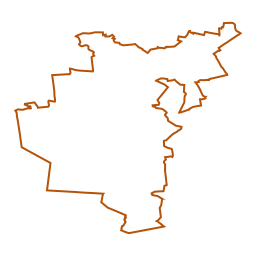 Īslīces pag., Bauska, Latvia
{"feature_id": "27541924B75327905371768", "entity_name": "Īslīces pag.", "entity_type": "district", "adm_level": 2, "iso_a3": "LVA", "parent_name": "Latvia", "parent_adm1": "Bauska", "projection": "natural_earth1", "projection_center": [24.139, 56.325], "detail": "fine", "context": "isolated", "style": "outline", "palette": "amber", "viewbox_px": 256, "rotation_deg": 0, "n_neighbors": 0, "source": "geoboundaries", "source_scale": "gbopen_adm2", "svg_char_len": 5384}
<svg xmlns="http://www.w3.org/2000/svg" viewBox="0 0 256 256"><path d="M240.6,33.3L240.1,32.9L239.8,32.7L239.1,32.3L238.1,31.8L236.6,30.9L236.1,30.4L235.6,29.7L235.5,29.4L235.4,29.0L235.3,28.5L235.3,28.2L235.0,27.2L235.0,26.7L235.1,26.3L235.1,25.4L234.7,24.5L234.3,24.0L233.8,23.6L232.7,23.0L231.9,22.9L229.5,22.9L228.7,22.9L227.8,23.0L227.3,22.9L226.1,23.0L223.9,23.1L223.5,25.8L222.9,27.4L222.3,27.3L221.9,27.2L221.3,28.7L219.2,28.2L219.0,28.4L219.4,32.3L219.5,33.8L219.3,36.3L219.2,34.2L216.3,33.9L212.1,33.2L211.0,33.0L210.1,32.9L206.3,32.0L205.9,32.0L205.1,31.9L204.0,35.1L201.8,34.6L193.3,32.7L193.2,33.6L189.2,31.6L189.6,31.0L189.2,31.0L188.2,32.6L188.1,32.8L187.6,34.2L187.5,34.6L185.0,37.4L178.7,36.4L178.2,38.6L178.1,39.3L177.8,40.2L181.1,41.4L174.5,46.5L172.3,46.7L172.2,46.7L168.1,46.9L167.8,46.9L167.7,47.0L167.6,46.9L166.6,46.7L165.5,47.2L165.3,48.0L165.1,48.1L163.9,48.4L163.2,48.1L160.6,47.8L159.9,47.9L159.5,47.9L159.1,47.7L157.7,47.1L157.5,48.3L150.5,49.6L147.7,53.0L147.1,52.6L143.9,50.5L142.6,49.7L142.6,49.2L139.9,47.7L139.2,47.6L135.1,44.0L134.2,44.2L133.4,44.4L129.0,44.8L126.1,45.1L123.3,45.3L119.9,44.2L119.3,42.8L115.2,42.5L114.0,41.1L113.9,41.0L113.7,40.2L113.8,40.0L114.7,38.9L112.7,38.3L114.1,36.7L112.4,35.1L112.3,34.9L109.2,36.5L105.3,36.4L105.4,35.7L105.6,35.0L105.7,34.9L105.7,34.6L103.1,35.2L102.9,32.4L95.1,32.3L89.5,33.5L83.6,33.2L83.0,33.2L79.2,34.7L76.5,35.8L76.1,36.1L75.9,36.3L76.5,36.6L77.8,37.2L78.5,37.6L78.6,37.8L79.0,38.6L80.3,42.0L80.3,42.3L80.2,42.6L79.5,43.5L79.4,43.9L79.1,44.5L79.3,44.8L79.5,45.0L81.1,46.1L81.3,46.2L81.8,46.2L82.3,46.2L85.1,45.4L85.8,45.2L86.5,45.2L86.7,45.3L88.2,46.1L88.4,46.3L88.5,46.6L88.4,48.6L88.5,48.8L88.6,49.1L89.1,49.6L89.7,50.0L93.5,51.8L93.8,52.1L93.8,52.3L93.8,52.6L93.2,53.6L93.2,54.0L93.3,54.3L94.2,55.7L92.1,56.6L91.8,56.8L91.7,57.1L91.5,57.5L91.6,57.9L93.1,70.7L93.0,71.1L92.9,71.4L79.9,70.6L77.2,70.3L75.5,70.0L74.1,69.6L71.7,68.9L69.9,68.6L69.9,68.9L70.5,73.1L70.0,73.8L69.5,74.1L69.2,74.3L69.1,74.2L68.4,74.2L52.2,75.1L54.3,90.9L54.5,96.8L54.6,97.0L54.8,97.8L54.9,98.0L55.0,101.4L54.7,101.7L49.0,100.6L48.6,101.0L48.3,101.3L49.0,105.6L48.3,106.7L37.9,107.7L37.8,107.0L34.5,102.4L29.4,103.2L24.1,104.0L24.5,104.1L25.1,104.8L27.4,105.6L27.6,105.6L28.2,106.4L30.3,106.3L30.8,108.3L30.3,108.4L29.8,108.5L28.4,108.3L26.8,108.5L24.8,109.2L24.7,109.2L22.7,109.8L18.0,109.4L17.4,109.6L15.4,110.6L16.6,112.7L16.7,113.0L16.9,116.1L17.8,120.7L18.9,127.8L20.0,134.9L20.3,137.5L21.7,147.2L26.2,149.7L50.5,163.0L47.0,190.4L75.4,192.0L83.5,192.6L93.6,193.1L103.1,193.7L102.9,193.9L102.9,194.1L101.7,200.3L101.4,201.9L101.3,202.3L107.8,207.7L115.1,210.7L125.8,215.3L125.7,215.5L125.2,216.6L125.6,216.9L125.7,217.0L125.8,217.4L125.9,217.6L125.8,217.8L125.7,217.8L125.2,217.8L124.9,218.0L124.5,219.1L124.4,219.5L124.5,219.7L124.9,219.8L124.9,220.5L124.7,220.8L125.6,222.0L123.2,225.8L122.7,225.8L122.4,226.0L121.9,226.4L121.9,226.6L122.0,227.0L121.4,228.4L121.6,229.0L121.2,230.3L125.4,232.0L128.6,233.1L128.9,233.1L130.9,232.8L136.6,231.7L157.4,227.8L164.0,226.5L161.8,224.7L157.4,221.3L156.8,221.1L158.4,220.0L160.9,217.2L160.4,213.3L159.7,207.9L159.8,207.7L161.0,205.6L161.2,205.1L161.6,202.8L161.9,200.5L161.9,198.7L162.0,198.7L157.7,196.1L155.6,195.7L152.3,195.0L152.3,194.9L152.3,194.2L152.2,194.1L151.5,193.5L151.5,193.4L151.8,193.2L154.6,191.8L154.8,191.7L157.6,191.5L163.5,191.2L164.0,188.9L164.4,185.8L164.5,185.7L166.6,185.3L166.7,185.2L165.7,176.1L165.3,172.8L164.9,169.7L165.1,169.5L165.1,169.4L165.1,164.4L163.9,162.3L164.0,162.0L164.2,161.3L164.6,160.6L165.9,159.6L165.1,157.2L170.3,156.5L170.7,156.4L171.4,156.5L172.3,157.0L172.9,155.9L172.8,154.7L172.4,151.6L171.7,148.9L167.7,147.8L167.2,147.6L164.3,146.1L164.1,146.0L164.0,144.0L163.9,141.0L163.9,140.9L166.3,140.2L170.3,136.4L172.8,134.1L177.2,131.6L177.9,130.7L178.0,130.6L179.0,130.3L179.3,130.1L181.2,128.7L181.5,126.8L176.2,125.8L175.7,125.6L174.0,124.5L168.4,121.0L168.1,120.8L167.9,119.9L167.8,118.3L165.9,116.2L165.0,115.0L165.0,114.8L165.1,114.5L166.6,113.0L166.7,112.8L166.7,112.6L166.5,112.3L165.8,111.6L162.8,109.3L162.2,109.0L161.0,108.7L156.4,108.1L156.0,108.0L155.8,107.9L155.4,107.0L155.2,106.8L153.1,106.5L152.8,106.3L152.7,106.2L152.6,105.6L152.6,105.3L158.7,104.8L159.3,103.1L158.9,102.3L157.5,100.0L161.3,95.4L163.6,92.6L167.9,87.2L164.5,84.5L156.1,80.7L156.3,80.5L160.5,78.6L162.0,78.4L162.7,78.4L167.3,79.0L167.6,81.0L172.0,80.4L174.6,79.6L176.1,81.3L180.2,84.6L184.3,85.0L183.9,92.0L184.1,92.1L185.3,93.0L185.6,93.5L185.9,94.3L184.9,95.8L184.5,97.7L184.4,98.9L184.4,101.1L184.3,102.4L180.1,110.8L179.2,112.6L179.8,112.6L180.7,112.4L184.6,111.1L188.9,109.6L188.7,109.4L190.9,108.0L193.1,106.9L195.2,106.6L195.7,106.4L201.1,105.5L200.9,104.6L200.0,99.3L203.1,99.2L203.7,99.0L205.5,98.3L205.4,97.8L205.3,97.6L205.2,97.0L205.3,96.9L205.2,96.9L202.8,95.6L202.7,95.4L201.3,92.4L200.7,91.1L200.3,90.2L200.1,89.8L200.2,89.7L197.4,84.9L195.4,82.4L198.6,82.1L198.4,81.3L198.4,81.2L200.2,80.1L204.1,80.2L206.6,79.9L206.6,80.0L209.1,80.0L209.2,79.7L209.4,79.0L210.2,78.9L212.2,78.4L216.6,77.4L218.7,76.9L227.2,74.9L226.8,73.7L225.5,72.5L225.2,71.8L222.8,68.2L221.7,67.2L220.8,65.8L219.4,63.0L216.7,58.5L216.0,57.1L216.1,56.5L213.7,53.8L218.8,50.4L219.3,50.9L220.3,50.3L218.7,47.9L222.6,45.3L222.8,45.0L226.8,42.6L229.0,41.0L238.0,35.0L238.3,35.0L238.7,34.7L238.8,34.6L240.6,33.3Z" fill="none" stroke="#b45309" stroke-width="2"/></svg>